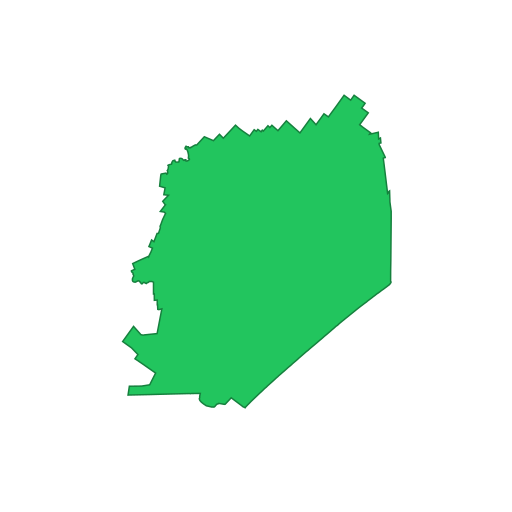 the district of San Fernando, Tamaulipas, Mexico, rotated 36°
{"feature_id": "50627088B9132255009494", "entity_name": "San Fernando", "entity_type": "district", "adm_level": 2, "iso_a3": "MEX", "parent_name": "Mexico", "parent_adm1": "Tamaulipas", "projection": "natural_earth1", "projection_center": [-98.052, 24.872], "detail": "fine", "context": "isolated", "style": "filled", "palette": "green", "viewbox_px": 512, "rotation_deg": 36, "n_neighbors": 0, "source": "geoboundaries", "source_scale": "gbopen_adm2", "svg_char_len": 5861}
<svg xmlns="http://www.w3.org/2000/svg" viewBox="0 0 512 512"><g transform="rotate(36 256 256)"><path d="M131.6,234.5L132.0,234.4L132.6,235.0L133.9,237.6L134.0,239.0L134.3,239.0L134.6,239.4L134.8,239.5L135.3,240.1L135.9,240.7L135.8,242.3L135.6,242.3L134.9,241.8L134.7,241.8L134.4,241.9L131.1,245.4L131.3,246.2L132.0,247.5L137.0,256.2L142.4,254.3L145.4,260.6L149.5,258.3L148.8,263.4L148.4,266.6L151.8,267.7L152.4,268.1L152.6,268.0L152.4,276.2L156.0,274.4L157.8,274.7L159.0,281.3L160.5,286.5L160.9,288.3L162.1,289.5L163.8,295.0L162.7,295.9L165.0,304.4L162.1,304.4L163.0,307.9L163.8,311.3L167.6,310.5L168.6,314.4L169.3,318.6L169.6,319.7L169.2,319.5L166.0,325.0L163.4,329.6L160.7,334.6L165.8,338.0L163.9,341.2L164.0,341.4L164.3,341.6L165.0,341.9L165.4,342.1L165.6,342.1L166.5,342.1L166.9,342.5L167.1,342.6L167.4,343.2L167.5,343.2L167.8,343.3L168.5,343.7L168.7,343.9L168.9,344.3L169.0,345.1L169.4,347.0L169.9,347.6L170.0,348.0L170.8,348.7L171.3,348.9L172.0,348.9L172.4,348.8L173.1,348.5L173.6,348.2L173.9,347.9L174.1,347.7L174.3,346.9L174.5,346.6L174.8,346.2L174.9,345.8L175.2,345.5L175.7,344.9L175.9,344.9L176.4,345.1L176.8,345.1L177.1,345.0L177.3,345.0L178.1,345.5L178.5,345.5L178.8,345.5L179.5,345.8L179.9,345.7L180.1,345.6L180.3,345.2L180.4,343.8L180.7,343.3L180.8,343.1L181.2,343.0L181.8,343.1L182.0,343.0L182.1,342.9L183.0,342.9L183.4,342.6L183.5,342.6L183.5,342.3L183.6,341.7L183.8,341.5L183.9,341.3L184.1,341.2L184.5,340.2L184.5,339.9L184.6,339.6L184.6,339.3L185.3,339.0L185.4,338.9L185.7,338.6L186.0,338.3L186.5,338.1L186.6,337.9L186.8,337.8L187.5,337.6L188.5,337.5L195.4,347.0L196.0,346.5L199.8,351.6L202.0,349.7L204.7,353.4L204.9,353.2L207.9,356.9L208.9,356.5L210.9,354.1L221.6,376.9L212.0,385.5L211.5,386.1L210.9,386.5L209.2,387.3L198.3,384.9L198.4,403.6L209.3,403.5L218.4,405.1L218.5,410.3L226.7,410.0L243.6,409.7L245.7,422.7L239.9,428.5L230.1,435.8L234.2,443.7L251.8,430.3L260.1,423.9L283.1,406.3L283.7,406.1L283.9,405.9L284.1,405.6L284.5,405.3L284.6,405.2L291.7,399.9L292.2,401.1L292.3,401.2L292.5,401.7L292.7,402.2L292.9,402.4L293.1,402.9L293.3,403.2L293.7,403.6L293.9,404.1L293.9,404.5L294.1,404.8L294.5,405.2L294.8,405.4L295.1,405.6L295.7,405.9L296.1,406.0L297.3,406.3L298.2,406.4L300.6,406.5L303.1,406.4L303.8,406.4L309.0,404.2L309.3,404.0L309.3,403.9L309.9,403.5L310.7,403.0L310.8,402.9L310.8,402.7L311.0,402.5L311.0,402.3L311.2,401.9L311.2,401.2L311.2,400.6L311.4,399.5L311.4,399.0L311.5,398.7L312.2,398.1L312.3,397.8L312.3,397.7L312.2,397.5L312.3,397.3L312.6,397.1L313.0,396.9L314.3,396.2L316.8,395.0L317.5,394.6L317.9,394.4L318.0,394.3L318.0,394.1L318.2,393.9L319.3,385.3L331.9,385.5L333.8,385.6L334.5,385.6L335.4,385.2L336.4,385.2L336.4,384.1L336.8,381.0L337.1,379.4L337.5,376.5L339.6,364.9L340.1,362.7L340.4,361.0L340.5,360.7L340.5,360.2L340.6,359.7L340.9,358.0L341.4,356.1L341.7,354.2L343.4,346.2L343.5,345.8L343.8,344.3L343.9,343.6L344.4,341.4L344.6,340.7L344.7,339.8L346.0,334.2L346.3,333.1L346.6,331.7L347.1,329.4L347.4,327.8L348.7,322.7L348.7,322.2L350.5,314.6L350.6,313.8L351.0,312.2L351.2,311.3L352.0,307.8L352.3,306.5L352.8,304.3L353.6,301.5L353.9,299.9L354.6,297.0L355.4,293.9L357.4,285.6L357.6,285.0L357.8,284.0L358.0,283.2L358.5,280.8L359.4,277.4L359.6,276.5L360.6,272.2L360.8,271.2L361.4,268.9L361.6,267.9L362.1,265.5L362.5,264.6L362.8,263.5L363.0,262.2L363.9,258.5L364.7,255.6L365.0,254.4L368.5,241.4L368.8,240.3L369.7,237.0L371.6,230.7L372.4,228.3L372.8,226.5L373.5,224.3L374.1,222.3L374.4,221.3L374.6,220.6L374.8,219.7L375.2,218.7L376.0,215.7L376.7,213.9L377.4,211.6L377.7,210.5L378.1,209.3L378.7,207.6L380.9,200.3L380.7,199.7L380.8,199.0L380.8,198.3L380.5,197.6L379.8,197.4L373.4,188.5L368.0,180.8L343.4,146.3L339.1,140.4L332.5,133.5L331.3,131.9L325.8,124.8L325.6,125.3L325.6,125.7L325.8,126.0L325.9,126.3L325.9,126.9L325.9,127.0L325.9,127.4L325.9,127.5L325.9,127.8L325.8,128.2L323.5,125.7L322.4,124.5L306.5,107.4L301.4,102.0L301.4,101.9L302.7,100.4L302.6,100.2L290.2,93.5L289.4,92.5L290.6,91.1L287.3,87.4L286.4,89.2L282.2,84.0L279.1,87.6L276.3,90.7L276.3,89.0L265.0,89.0L265.0,88.9L262.7,88.9L262.7,86.1L262.7,74.2L254.5,74.2L254.6,71.3L254.5,68.3L240.9,68.3L241.0,74.3L232.8,74.2L232.9,87.9L232.8,100.6L232.8,100.9L227.4,101.0L227.4,114.5L219.2,112.8L219.2,130.6L212.0,129.9L209.3,129.6L201.1,128.8L200.1,141.7L192.0,140.9L191.7,143.9L189.1,143.6L188.5,150.6L187.1,150.5L187.1,152.5L183.1,152.5L183.0,154.9L180.3,154.9L180.3,162.6L171.7,162.8L167.0,162.7L162.5,162.2L161.0,174.5L160.3,179.9L154.9,179.0L154.1,184.9L153.8,187.7L144.1,189.9L142.8,201.1L141.6,201.8L140.0,205.2L140.0,205.6L139.7,206.0L139.6,206.3L139.6,206.5L139.5,206.8L139.3,207.0L139.2,206.9L138.9,206.9L138.8,207.2L138.3,207.9L138.1,208.0L137.9,208.0L137.1,207.4L136.6,207.7L136.4,208.0L136.1,208.3L134.9,208.3L134.9,209.5L135.1,210.3L135.6,210.9L135.9,211.0L136.2,211.0L136.3,210.8L136.5,210.7L136.6,210.4L136.9,210.3L138.2,210.8L138.6,211.2L139.5,211.6L140.3,212.4L140.5,212.4L140.7,212.7L142.1,214.0L142.4,214.4L142.9,215.0L143.0,215.1L143.0,215.3L143.3,215.9L143.6,216.3L143.8,216.6L144.7,216.4L144.9,216.5L145.1,216.7L145.3,216.9L145.2,217.3L145.3,217.4L145.3,217.8L144.9,218.9L144.6,219.3L144.5,219.5L144.4,219.7L144.0,220.0L143.8,220.2L143.4,220.3L142.9,219.8L142.8,219.5L142.7,219.4L142.0,219.8L141.9,219.9L142.0,220.3L141.9,220.6L141.7,220.8L141.4,221.1L141.2,221.1L140.8,221.0L140.5,221.0L140.1,221.0L139.7,220.8L138.7,220.8L138.4,220.9L138.2,221.0L137.3,221.5L137.0,221.8L136.8,222.2L136.9,222.4L137.2,223.1L137.4,223.4L137.6,223.6L137.7,223.9L137.8,224.2L138.3,225.1L138.3,225.3L137.4,226.1L137.2,226.2L136.5,226.7L136.2,227.0L135.9,227.1L135.6,227.1L135.2,227.0L134.4,226.8L134.2,226.5L134.2,226.3L134.0,226.2L133.8,226.4L133.7,226.5L132.8,227.7L132.8,228.0L132.9,229.6L133.0,229.8L133.1,230.1L133.4,230.5L133.5,230.9L133.7,231.4L133.6,231.5L133.0,232.0L131.5,234.1L131.6,234.5Z" fill="#22c55e" stroke="#15803d" stroke-width="1.5"/></g></svg>